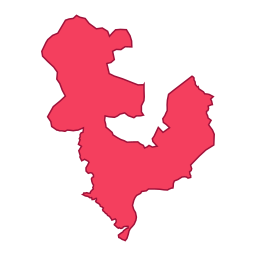 Steni, Paphos, Cyprus (orthographic projection)
{"feature_id": "46923920B12121468549379", "entity_name": "Steni", "entity_type": "district", "adm_level": 2, "iso_a3": "CYP", "parent_name": "Cyprus", "parent_adm1": "Paphos", "projection": "orthographic", "projection_center": [32.467, 35.005], "detail": "fine", "context": "isolated", "style": "filled", "palette": "rose", "viewbox_px": 256, "rotation_deg": 0, "n_neighbors": 0, "source": "geoboundaries", "source_scale": "gbopen_adm2", "svg_char_len": 3510}
<svg xmlns="http://www.w3.org/2000/svg" viewBox="0 0 256 256"><path d="M192.0,76.2L173.5,90.4L168.6,94.3L167.4,100.1L167.1,104.8L167.2,107.5L167.2,110.6L166.0,113.0L164.9,115.6L162.8,118.7L163.4,122.4L166.3,124.5L169.6,127.7L167.2,129.4L163.0,132.4L158.3,127.4L154.1,136.3L152.3,138.8L152.9,141.5L157.1,146.2L152.4,147.1L149.0,145.4L147.2,146.9L144.6,148.0L143.3,145.4L140.1,143.8L137.9,141.9L132.1,142.0L127.0,142.2L124.1,140.7L120.7,139.5L116.9,137.4L113.0,134.9L112.1,132.4L108.4,129.1L106.0,127.2L105.6,123.9L104.6,120.3L105.1,115.9L109.1,116.8L114.5,117.3L117.4,116.0L120.0,114.1L124.7,112.9L128.3,115.7L133.9,117.7L136.3,115.9L140.6,115.8L143.5,115.1L141.4,111.9L141.4,105.7L143.9,100.7L144.2,96.9L144.0,89.8L144.0,84.3L143.7,84.8L138.0,84.9L132.3,82.7L122.5,78.8L114.3,76.1L109.2,73.6L106.8,63.5L110.9,62.5L114.3,59.6L112.6,51.3L116.2,49.4L120.9,49.6L125.1,46.7L131.8,46.9L131.6,41.0L130.0,35.7L126.4,29.7L120.4,29.4L115.6,29.8L112.6,32.8L109.5,36.3L107.6,31.3L102.3,28.0L96.3,28.8L89.1,23.5L85.2,18.5L79.7,17.2L76.5,15.4L73.3,18.4L69.0,19.0L65.5,20.2L57.8,33.2L52.6,35.4L47.8,39.6L46.1,42.3L41.8,51.3L42.6,56.2L47.7,61.4L53.7,67.0L57.4,72.2L56.8,79.1L59.8,83.5L62.3,90.2L65.4,96.1L60.1,101.0L53.3,106.6L47.6,116.8L50.8,121.6L51.7,126.5L56.9,130.1L57.7,130.1L59.6,130.8L62.0,130.8L65.0,131.3L67.3,130.1L70.1,130.3L73.3,130.7L76.5,130.2L78.0,130.1L83.4,127.8L83.3,130.5L82.9,132.3L81.2,132.8L80.1,134.5L80.2,136.7L79.3,138.8L80.1,139.7L78.4,144.3L81.5,146.3L78.8,150.7L79.6,153.5L80.3,155.7L79.9,157.0L81.7,160.8L84.6,159.3L88.0,161.1L89.0,162.3L87.5,165.3L86.0,167.8L86.0,169.3L86.1,171.1L88.3,173.3L90.4,172.7L91.9,173.0L93.4,174.8L93.5,176.9L92.2,177.4L91.4,178.9L91.9,181.6L92.6,183.7L93.5,184.9L93.4,186.2L92.8,187.5L93.3,188.9L91.8,190.3L90.6,191.7L90.1,193.2L88.3,193.2L86.8,192.7L85.6,193.0L83.8,193.0L83.4,194.2L82.7,194.5L85.3,195.9L87.9,196.4L89.1,197.1L89.8,197.7L90.6,197.8L91.6,197.6L92.1,199.6L94.0,199.4L95.6,198.5L96.4,198.4L96.5,200.0L95.6,201.1L96.3,202.3L98.5,203.5L99.8,204.5L100.4,206.3L101.7,206.8L102.0,206.9L103.4,208.0L102.6,209.6L103.0,210.8L104.1,211.6L105.2,212.9L106.0,213.6L106.7,213.8L107.6,215.4L108.9,216.0L109.9,216.9L111.4,219.0L111.9,220.1L113.6,219.5L115.2,218.9L116.0,219.7L116.2,221.6L115.6,223.0L114.3,224.3L114.4,224.9L116.0,226.3L117.3,227.5L118.4,228.2L119.2,227.6L120.2,228.3L121.0,228.5L122.7,227.9L123.4,226.8L124.7,226.5L127.0,226.3L128.1,226.4L128.1,228.0L126.8,228.3L125.1,229.6L123.6,230.7L122.8,232.0L121.0,233.1L118.4,235.1L118.8,237.5L120.3,238.1L122.2,239.4L124.0,240.0L125.2,240.6L126.9,238.5L128.2,234.5L129.0,231.1L130.2,228.7L132.6,226.1L134.2,224.1L135.9,220.2L136.4,217.1L135.5,212.6L133.7,209.5L132.5,205.4L133.8,200.3L135.0,197.6L136.6,195.4L140.6,193.3L141.6,191.5L146.3,190.8L148.5,189.0L152.1,189.0L155.0,189.0L159.5,189.2L163.9,189.8L167.5,190.0L169.0,189.1L171.6,188.1L172.9,188.0L173.2,186.5L173.4,183.3L174.4,180.9L177.8,179.6L182.0,177.0L184.6,176.7L186.5,177.0L188.0,178.1L189.5,177.7L190.7,177.4L190.7,175.5L189.9,174.3L189.6,171.7L191.1,170.6L191.7,168.7L191.0,166.6L190.6,165.0L199.3,156.0L205.8,150.0L213.8,145.0L214.2,134.2L212.4,130.0L208.6,124.8L211.1,120.3L208.1,118.0L207.5,115.5L206.5,113.6L206.5,111.4L207.9,110.5L208.6,108.6L208.1,106.1L210.9,104.9L212.4,104.6L211.6,101.0L210.6,99.1L213.3,96.6L209.3,94.5L207.6,94.1L204.7,93.8L203.5,91.9L200.8,90.1L198.8,88.8L198.2,86.8L198.0,87.0L197.2,86.8L195.4,84.6L195.1,81.9L194.0,79.9L194.0,77.9L192.9,76.7L192.0,76.2Z" fill="#f43f5e" stroke="#9f1239" stroke-width="1.5"/></svg>